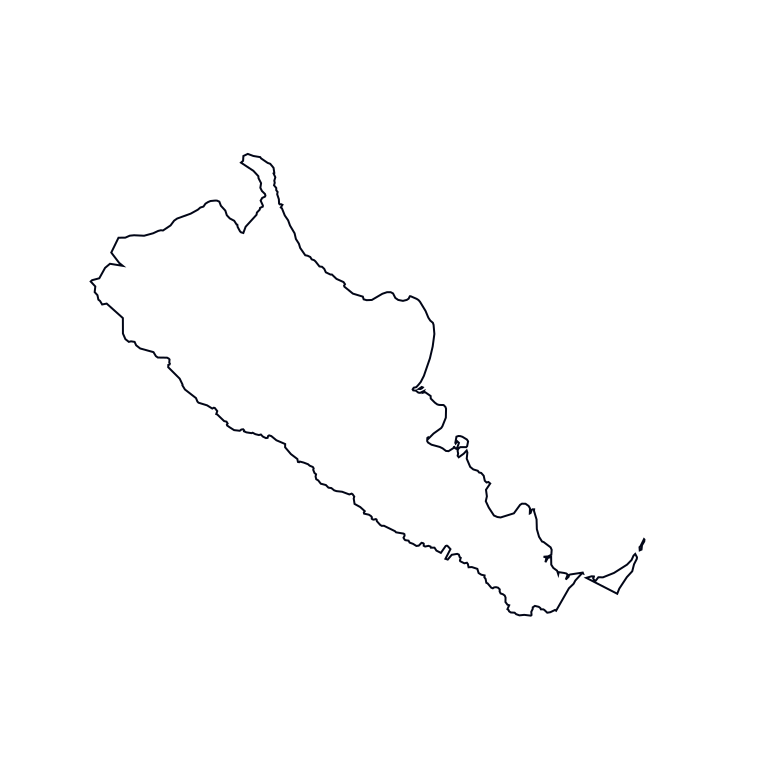 Argentina, Equal Earth projection, rotated 298°
{"feature_id": "ARG", "entity_name": "Argentina", "entity_type": "country or territory", "adm_level": 0, "iso_a3": "ARG", "parent_name": "South America", "parent_adm1": "", "projection": "equal_earth", "projection_center": [-65.46, -38.417], "detail": "fine", "context": "isolated", "style": "outline", "palette": "ink", "viewbox_px": 768, "rotation_deg": 298, "n_neighbors": 0, "source": "natural_earth", "source_scale": "50m", "svg_char_len": 6139}
<svg xmlns="http://www.w3.org/2000/svg" viewBox="0 0 768 768"><g transform="rotate(298 384 384)"><path d="M464.8,246.1L460.7,254.0L461.4,256.4L461.5,259.3L460.1,261.6L460.5,264.2L460.1,265.9L457.5,271.8L458.4,274.3L457.6,277.2L455.3,280.2L455.5,285.3L456.2,286.6L454.5,292.7L455.0,300.4L453.8,302.7L452.0,302.6L451.3,303.4L449.2,314.1L451.2,324.3L449.2,326.3L449.9,329.4L452.5,333.8L462.9,340.2L466.4,343.5L468.2,346.8L468.2,349.5L465.3,353.6L464.9,357.1L466.3,361.7L468.9,364.6L470.9,365.7L473.6,365.6L474.0,366.4L474.5,372.9L474.3,375.1L473.5,377.2L468.0,386.4L463.4,392.0L461.7,395.1L461.0,398.4L459.5,400.0L451.8,405.0L439.9,409.4L428.2,412.5L409.9,415.4L403.0,415.5L399.5,414.8L396.4,414.0L394.7,412.0L392.7,411.8L392.1,412.8L393.1,415.3L392.5,418.3L393.1,420.0L396.5,422.5L394.7,422.6L396.1,424.1L395.3,430.8L393.1,432.1L391.4,437.7L391.0,440.6L391.4,442.5L393.4,446.5L392.6,449.0L391.3,450.4L383.3,454.4L374.1,455.4L372.0,455.2L363.5,451.0L356.9,449.0L357.6,448.0L356.7,447.6L353.9,448.9L353.0,450.3L352.7,454.4L354.6,462.8L354.7,466.0L354.0,470.1L355.0,472.5L360.0,475.4L361.2,475.3L361.5,475.6L360.7,477.1L360.7,478.2L362.8,478.5L367.2,477.8L367.8,475.5L365.1,475.2L365.5,474.6L371.5,472.7L373.0,474.1L373.8,475.8L374.2,478.0L373.9,483.3L372.8,485.2L368.1,486.6L366.8,486.2L364.1,481.0L361.9,480.0L359.6,480.3L357.4,482.1L355.2,482.7L354.4,484.4L359.9,487.1L364.1,488.2L362.6,489.8L356.9,492.1L351.3,499.0L350.5,502.9L351.4,507.5L350.5,509.5L351.1,511.6L349.8,515.1L345.9,518.4L345.2,520.8L346.5,522.2L346.0,524.5L338.5,523.7L333.1,527.6L328.3,528.9L324.1,534.5L319.5,542.8L319.8,546.6L320.9,549.6L330.8,559.4L341.2,560.9L343.1,562.0L344.7,565.2L344.2,569.0L342.7,571.3L338.2,573.5L338.9,574.0L342.1,573.5L343.0,573.9L343.8,575.4L342.4,576.0L336.0,582.3L327.6,587.1L321.9,592.6L319.1,597.5L319.4,599.1L318.0,607.8L316.3,609.9L311.8,611.9L308.8,609.8L306.4,606.0L306.8,607.9L306.5,609.1L302.4,610.2L307.4,610.3L309.7,612.8L303.0,616.5L301.1,619.8L300.4,624.5L297.8,627.2L299.9,626.6L301.7,631.7L302.3,634.0L301.9,635.7L296.7,636.3L300.4,637.5L302.3,637.1L303.2,637.8L310.8,648.0L310.1,648.8L309.9,647.7L300.3,645.2L296.6,645.2L290.5,643.2L264.6,642.4L264.8,641.1L260.6,638.0L258.7,635.5L259.8,631.6L259.8,630.4L258.7,628.3L259.6,627.2L259.9,625.2L258.9,621.4L256.6,620.2L255.2,620.9L252.0,621.0L249.3,622.7L248.4,622.4L246.0,616.2L243.3,612.2L242.8,608.7L243.4,606.7L241.8,603.2L242.0,601.2L242.9,600.1L243.1,598.7L247.4,598.4L247.1,596.6L248.5,593.6L252.5,591.6L253.9,589.9L254.2,587.7L253.8,585.3L255.1,583.5L257.0,582.6L257.7,580.3L257.2,578.3L256.1,576.7L254.7,576.0L254.5,574.3L256.6,569.1L256.5,567.7L259.6,565.2L260.4,563.4L262.2,562.7L261.3,559.5L261.5,556.3L264.6,553.2L263.6,547.5L261.9,544.7L264.4,542.6L265.1,541.1L263.4,539.1L263.3,534.5L264.0,533.8L266.5,533.4L266.7,532.1L268.5,530.2L268.4,528.4L265.0,524.0L258.9,522.7L258.5,520.3L269.4,520.2L270.7,516.6L270.8,515.4L269.9,514.5L261.6,513.5L261.5,508.5L263.2,505.4L261.5,502.2L262.3,501.4L262.0,499.3L259.8,496.6L259.8,495.0L261.7,494.0L261.8,493.0L261.4,491.7L257.6,490.6L256.2,488.6L256.5,484.7L256.0,481.1L257.2,479.2L256.1,476.1L256.3,475.2L257.4,473.4L259.7,473.4L261.0,472.5L261.1,471.5L258.7,464.3L259.2,462.7L258.8,450.5L257.7,448.6L257.8,446.8L259.5,442.1L260.8,441.1L260.9,440.2L259.4,438.6L259.1,437.3L259.3,436.4L260.7,435.8L261.3,434.4L261.5,432.0L260.2,427.3L261.1,426.5L262.7,426.7L264.2,420.8L264.3,414.3L268.7,411.0L270.6,410.6L271.9,408.1L272.0,406.9L270.2,405.2L269.2,397.6L267.1,392.3L266.7,389.9L267.4,386.4L266.4,383.6L267.5,380.1L266.3,375.0L268.0,371.2L268.1,368.9L270.2,367.0L272.4,366.4L272.8,364.4L275.0,361.8L276.5,361.5L277.3,360.1L277.0,356.7L277.5,354.6L276.9,349.9L276.0,346.1L275.1,345.8L274.8,344.6L277.1,342.7L278.4,334.7L281.7,326.4L284.6,324.9L283.8,315.4L285.1,309.0L284.7,306.7L283.6,306.1L281.8,306.5L280.8,305.1L280.7,301.7L281.6,299.0L280.2,297.5L279.3,293.9L279.3,290.9L278.4,290.1L276.7,285.2L276.5,282.6L277.4,282.3L277.9,280.9L276.8,279.4L275.0,278.6L272.9,273.3L273.3,268.3L273.7,265.0L274.4,264.3L275.7,264.5L276.8,262.6L276.2,260.2L278.8,251.1L278.7,250.0L281.8,249.5L283.4,245.8L283.1,244.8L281.7,243.9L282.1,237.8L280.4,229.0L280.9,227.5L283.3,224.6L285.7,210.8L288.2,206.6L288.9,206.4L292.8,201.1L297.5,185.6L299.6,184.6L300.5,185.5L301.4,185.4L302.2,184.3L305.0,183.1L305.4,182.0L305.4,180.1L301.2,171.9L301.5,169.5L303.9,165.5L300.9,152.0L301.8,147.0L304.1,144.0L302.9,140.6L301.4,138.9L302.2,134.6L306.0,129.8L319.6,122.5L324.8,101.4L321.9,97.8L324.0,94.3L324.4,92.2L327.9,89.3L329.3,85.4L334.6,83.3L336.8,76.9L338.6,77.5L343.7,83.0L355.6,83.2L361.5,85.6L365.7,97.9L366.6,93.3L372.0,81.5L388.5,80.9L391.8,86.9L395.6,89.9L398.0,93.5L402.3,102.6L408.7,109.4L413.2,112.8L415.0,114.8L415.8,116.8L423.8,121.1L429.7,122.0L433.0,123.7L443.6,133.3L450.5,137.8L453.6,139.0L455.9,141.3L459.4,141.7L462.0,143.2L464.1,144.9L466.7,148.8L467.5,150.4L467.7,153.0L464.8,156.3L462.6,162.5L459.2,166.0L457.8,170.1L457.8,175.1L455.6,179.0L455.8,179.7L454.0,181.0L451.2,185.2L450.8,186.5L451.3,188.9L457.9,188.0L473.6,192.0L475.7,191.3L479.6,192.4L481.3,191.9L483.7,193.7L484.7,193.3L488.0,189.0L491.1,189.1L493.5,190.9L494.6,190.9L495.9,189.7L497.1,185.6L499.2,182.7L503.6,181.2L506.8,176.6L508.5,175.5L510.9,168.6L512.3,153.8L514.9,154.8L519.3,152.8L523.2,155.7L524.0,161.6L526.2,168.2L525.5,169.5L524.6,177.5L525.0,180.2L523.0,185.0L518.8,188.1L518.1,187.6L515.5,191.0L512.0,191.7L510.3,193.1L507.8,193.6L506.5,196.8L504.5,197.9L503.6,199.9L501.4,200.6L497.8,204.4L494.0,206.7L493.7,207.7L494.4,208.6L494.5,210.2L491.4,210.0L491.2,211.4L486.2,217.3L483.5,222.5L479.8,226.6L475.1,234.3L470.7,238.1L467.9,243.0L464.8,246.1ZM308.3,688.4L307.8,653.6L311.6,657.5L313.0,660.4L311.8,659.4L310.5,660.0L309.4,662.0L309.9,663.3L314.0,664.0L316.1,668.1L325.2,675.8L338.6,683.4L344.8,685.2L349.6,684.9L351.9,685.6L349.8,688.7L348.3,689.3L342.2,689.4L335.2,691.1L327.5,689.1L313.8,687.8L308.3,688.4ZM359.9,686.2L361.2,686.6L369.1,686.4L368.9,687.0L367.1,687.7L362.7,687.5L358.7,689.1L357.2,687.9L359.9,686.2ZM399.1,418.7L399.2,419.9L398.4,419.7L396.7,418.6L396.0,417.1L399.1,418.7Z" fill="none" stroke="#020617" stroke-width="2"/></g></svg>